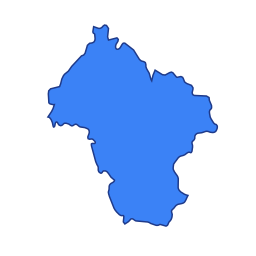 the border of Yonne, rotated 195°
{"feature_id": "FRA-5356", "entity_name": "Yonne", "entity_type": "Metropolitan department", "adm_level": 1, "iso_a3": "FRA", "parent_name": "France", "parent_adm1": "", "projection": "mercator", "projection_center": [3.524, 47.862], "detail": "fine", "context": "isolated", "style": "filled", "palette": "blue", "viewbox_px": 256, "rotation_deg": 195, "n_neighbors": 0, "source": "natural_earth", "source_scale": "10m", "svg_char_len": 3547}
<svg xmlns="http://www.w3.org/2000/svg" viewBox="0 0 256 256"><g transform="rotate(195 128 128)"><path d="M90.2,191.4L88.4,191.1L87.4,190.1L85.3,187.2L82.9,186.2L77.7,185.6L75.6,183.6L75.3,182.2L75.2,178.9L74.6,177.6L73.6,176.8L72.4,176.6L60.5,179.2L57.6,178.4L56.6,175.8L53.2,171.4L52.6,169.7L52.5,168.4L53.6,166.3L53.6,164.7L52.9,162.9L51.4,159.8L50.1,158.3L46.9,155.3L45.9,154.6L44.7,154.2L43.7,154.2L42.5,153.3L42.0,152.3L41.8,150.9L41.9,149.3L42.3,147.7L42.4,147.4L43.2,146.5L44.1,145.9L45.2,145.5L47.5,145.2L49.7,145.4L50.7,145.3L51.8,145.0L55.4,142.6L59.1,141.1L60.2,140.3L61.1,138.8L61.3,137.6L61.1,136.4L60.8,135.1L61.0,134.1L61.3,133.3L61.9,132.4L62.5,131.0L62.3,129.9L61.2,128.0L60.7,126.3L60.2,122.1L60.5,120.8L61.0,120.4L62.5,120.5L63.5,120.1L64.4,119.2L66.2,116.9L67.4,115.9L69.8,114.5L70.8,113.7L71.8,112.2L73.9,106.9L74.6,104.9L74.2,101.9L73.9,100.6L73.4,99.5L71.6,97.5L68.1,94.6L67.1,93.5L66.3,92.0L64.2,83.6L63.7,82.5L62.9,81.5L62.0,80.8L60.5,79.9L56.2,78.6L54.1,78.4L52.6,78.4L53.1,76.0L53.4,73.9L53.9,71.9L54.3,70.9L55.1,69.9L56.4,69.0L60.0,67.2L61.4,65.8L62.0,64.7L63.0,62.4L63.1,62.1L63.8,61.1L64.3,60.2L64.5,59.1L64.1,58.0L63.5,57.0L62.9,55.9L62.7,54.7L62.5,53.6L62.5,52.4L62.6,51.2L62.9,50.1L63.3,49.1L63.9,48.1L64.2,47.2L64.4,45.6L64.7,44.3L65.2,43.7L65.9,43.1L71.7,43.2L72.4,43.0L73.2,42.2L73.9,41.8L74.9,41.4L76.0,41.3L81.6,41.7L82.9,42.2L84.7,42.3L96.3,40.3L97.3,40.5L99.5,41.3L100.6,41.4L101.6,40.9L103.3,37.7L106.2,34.5L108.2,36.1L108.6,38.4L108.8,39.9L109.2,41.7L109.9,42.2L111.9,41.6L113.8,42.0L117.3,44.0L119.3,45.5L120.8,47.0L128.2,57.0L129.6,59.3L130.4,61.0L130.4,62.1L130.4,63.4L130.5,64.2L131.1,66.8L131.1,67.9L130.8,68.9L130.2,69.9L128.2,71.9L127.6,72.9L127.5,74.1L131.7,76.1L135.2,79.1L137.1,80.4L138.7,80.7L140.7,80.1L141.2,79.3L141.4,78.4L141.9,77.6L143.0,77.3L144.8,78.1L145.7,79.3L146.1,80.5L146.4,81.8L147.0,83.1L148.5,84.6L150.5,87.2L158.6,101.2L159.1,102.4L159.2,103.3L158.4,103.9L156.5,104.3L155.9,104.8L155.8,105.2L156.0,106.0L156.8,106.7L159.1,108.0L160.2,108.0L162.3,107.2L163.7,107.3L164.2,108.1L164.5,109.1L164.2,112.6L164.3,113.9L164.9,115.4L165.7,116.3L166.7,116.8L169.8,117.2L174.2,116.7L175.1,116.8L175.7,117.0L177.6,117.9L178.6,118.2L179.5,118.2L180.5,117.5L182.0,115.9L183.0,115.5L184.0,115.7L186.3,116.5L188.7,116.6L189.8,116.4L190.8,116.0L191.4,115.2L191.9,114.3L192.6,113.4L193.7,112.8L195.3,113.0L196.4,113.8L197.5,115.0L198.4,115.4L199.1,114.9L199.4,114.0L199.4,112.9L199.3,111.9L199.3,110.8L199.5,110.1L200.2,109.7L200.8,110.4L202.4,113.6L204.4,116.2L205.8,117.3L206.8,117.9L208.2,117.9L206.1,124.1L205.4,127.5L205.2,131.6L206.2,131.2L209.4,131.1L210.4,131.4L211.0,132.0L213.8,140.4L214.2,143.4L212.9,145.8L204.8,150.3L204.5,153.3L204.6,158.1L203.9,161.8L203.2,163.5L200.3,167.5L198.3,173.0L191.6,185.6L189.7,187.0L188.8,189.1L188.6,197.4L187.0,199.9L184.9,200.8L183.8,201.6L183.0,202.6L182.7,204.2L182.9,205.8L184.5,210.1L185.1,210.4L185.7,210.6L186.4,211.0L186.9,212.2L187.4,217.0L182.3,216.6L180.7,217.0L179.3,218.3L178.4,220.1L177.3,221.4L175.3,221.5L172.6,219.1L171.3,210.8L169.6,207.9L162.0,212.2L160.3,211.1L160.2,209.1L161.2,205.8L161.2,203.9L160.7,202.3L159.9,201.5L159.0,201.2L157.8,201.6L156.8,202.7L156.2,204.0L155.4,207.0L154.8,208.4L153.9,209.0L152.9,209.1L142.8,204.8L134.7,197.2L132.5,196.2L129.9,196.2L128.2,195.7L127.2,194.0L126.5,191.7L125.2,189.9L121.7,186.4L118.3,180.7L117.3,179.7L117.5,185.4L116.8,190.9L108.5,188.4L105.8,188.8L102.2,192.2L100.6,193.2L99.0,193.0L94.3,189.7L93.6,189.7L90.2,191.4Z" fill="#3b82f6" stroke="#1e3a8a" stroke-width="1.5"/></g></svg>